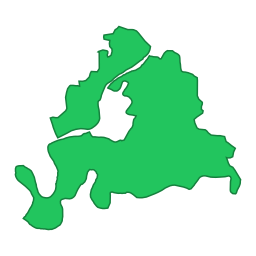 Banha, Al Qalyubiyah, Egypt
{"feature_id": "37247803B8473784659060", "entity_name": "Banha", "entity_type": "district", "adm_level": 2, "iso_a3": "EGY", "parent_name": "Egypt", "parent_adm1": "Al Qalyubiyah", "projection": "mercator", "projection_center": [31.169, 30.453], "detail": "fine", "context": "isolated", "style": "filled", "palette": "green", "viewbox_px": 256, "rotation_deg": 0, "n_neighbors": 0, "source": "geoboundaries", "source_scale": "gbopen_adm2", "svg_char_len": 5742}
<svg xmlns="http://www.w3.org/2000/svg" viewBox="0 0 256 256"><path d="M89.5,132.0L87.4,132.7L86.1,133.4L84.1,133.6L82.7,134.5L81.6,135.7L80.9,135.9L78.8,136.3L74.1,136.4L69.6,137.0L65.9,138.0L63.3,139.1L61.0,139.5L58.5,140.2L54.9,141.6L51.8,143.0L50.7,143.8L49.7,144.0L48.9,144.7L48.1,146.2L47.9,147.1L48.0,149.5L48.4,151.6L50.3,156.3L53.8,161.3L54.5,163.4L56.4,166.7L57.9,170.4L58.1,171.5L57.7,172.9L57.8,174.2L57.8,175.5L57.1,177.5L57.3,178.6L57.2,179.5L56.5,181.6L56.3,183.5L55.8,183.8L56.0,185.2L56.0,187.0L55.5,189.9L54.4,192.1L53.0,194.2L51.0,196.4L49.8,197.2L48.4,197.7L47.0,197.9L45.7,197.8L43.4,197.4L42.3,197.0L41.2,196.3L39.2,194.1L38.1,192.2L37.3,189.3L36.5,187.0L36.2,184.6L35.4,182.1L34.3,177.3L32.7,173.7L31.3,171.0L29.3,169.4L27.9,168.7L26.8,167.9L25.0,167.0L23.3,165.6L22.0,165.7L19.0,165.8L17.6,166.1L16.3,166.6L15.8,167.7L15.5,168.7L15.5,171.3L15.9,173.0L15.5,173.8L15.4,174.7L15.9,176.7L16.7,178.3L17.5,179.6L18.5,180.7L25.5,186.3L29.7,190.3L30.8,191.8L31.5,193.7L33.7,197.6L33.6,199.7L33.4,201.0L32.7,202.7L32.8,203.0L32.6,203.7L31.5,206.2L30.0,208.5L27.7,212.9L26.2,214.7L25.5,216.3L24.3,217.1L23.3,218.5L26.2,220.4L28.3,222.1L29.0,223.3L29.9,224.4L31.1,225.0L32.3,226.0L34.3,227.2L36.0,228.0L37.2,228.3L39.9,228.4L40.9,228.8L42.0,228.7L43.3,228.9L44.8,228.9L48.1,229.5L49.1,229.5L50.1,229.3L51.9,229.3L55.5,227.9L58.5,225.8L59.8,225.1L60.5,224.2L61.9,221.6L62.2,220.5L62.3,218.9L62.7,216.6L62.6,209.1L62.2,207.3L60.7,204.3L60.5,203.5L60.4,201.3L60.8,200.3L61.6,199.5L65.1,198.4L69.6,198.8L71.5,198.4L72.6,197.8L73.9,196.8L75.0,195.5L76.8,191.4L78.0,189.0L80.1,185.6L81.2,184.3L82.4,184.1L84.8,181.8L86.3,178.7L86.6,175.9L87.6,172.0L89.6,169.5L91.4,169.8L92.9,169.6L93.9,169.8L95.9,171.5L96.6,173.2L97.6,174.6L97.1,177.9L95.9,179.7L95.4,181.9L93.4,184.9L92.4,187.6L91.3,189.8L90.4,194.4L90.6,197.0L92.0,199.7L93.5,201.8L94.3,203.4L96.6,206.2L97.9,207.3L100.1,208.0L102.6,208.5L104.5,208.5L107.8,208.1L110.1,202.9L110.3,194.9L110.1,193.9L110.4,192.5L112.0,191.9L113.9,192.6L116.8,193.1L118.5,193.3L120.6,193.2L122.0,193.4L123.7,193.2L125.4,193.2L126.8,192.2L128.8,192.3L130.1,192.6L131.4,193.3L133.3,194.6L136.8,197.5L139.3,197.7L142.3,197.7L146.4,197.0L155.0,193.6L157.9,192.3L161.8,190.3L165.4,187.9L170.0,185.8L172.5,185.2L174.8,185.1L183.5,187.0L186.8,188.1L189.1,189.3L191.0,188.8L194.2,185.1L194.7,184.2L197.4,180.7L199.3,177.9L200.3,177.0L201.3,176.5L202.7,176.0L204.2,175.8L205.7,175.9L210.8,177.1L215.5,177.3L220.9,177.0L225.1,176.7L228.7,175.9L230.4,176.6L231.1,178.5L230.5,181.7L230.3,190.1L230.5,191.3L231.1,192.3L232.8,193.6L235.6,193.8L236.4,192.8L237.2,190.2L239.3,186.2L240.1,183.9L240.3,182.3L240.3,181.0L240.6,179.7L234.9,170.2L232.8,167.3L229.8,165.8L228.4,163.2L226.5,157.6L227.3,157.9L230.4,157.8L232.7,156.7L233.6,152.0L235.3,148.3L231.5,145.6L227.9,142.7L226.1,141.6L224.6,136.6L220.2,135.7L217.3,135.7L211.2,135.1L208.4,133.0L206.6,130.8L205.2,129.8L199.0,129.2L197.0,127.9L194.8,122.9L194.1,119.4L197.0,116.9L202.6,113.1L203.1,110.8L201.4,109.4L201.4,106.5L202.3,104.0L202.3,102.3L198.8,99.2L197.3,95.8L197.4,80.4L197.2,77.7L194.3,76.1L192.6,74.4L188.1,72.7L185.4,72.1L182.9,71.9L181.4,71.0L180.7,68.2L180.4,64.3L180.0,62.2L179.8,58.0L179.5,56.0L178.4,54.6L176.7,53.5L174.7,52.6L172.5,50.8L167.3,50.7L165.8,51.7L164.2,53.3L161.1,58.8L159.9,58.9L158.3,57.4L157.2,57.0L153.6,56.8L152.0,56.4L150.2,56.2L149.4,55.8L147.3,59.2L146.3,60.2L143.2,64.3L142.0,65.0L141.5,65.7L141.1,66.6L139.9,67.7L135.3,70.4L134.3,70.5L133.0,70.9L131.9,71.0L131.0,71.6L129.8,72.0L128.1,72.9L126.9,73.2L124.6,74.8L123.6,74.9L121.7,76.4L117.6,78.4L116.3,79.6L113.9,81.0L112.4,82.6L111.1,83.6L109.1,86.1L108.8,86.9L108.1,87.3L107.9,87.8L107.8,88.0L108.1,88.2L111.2,89.4L113.2,90.6L114.3,91.0L116.8,91.0L117.7,90.6L119.8,88.8L120.7,87.0L122.2,82.6L122.5,81.9L123.0,81.4L123.9,81.1L124.9,80.9L126.1,81.3L128.1,82.4L128.5,83.4L127.2,86.4L125.8,88.5L124.6,89.9L124.1,91.0L123.2,92.3L122.9,93.1L122.8,93.8L122.9,94.4L123.2,94.9L123.6,95.3L125.1,96.0L126.0,95.8L128.5,96.7L129.1,97.1L131.2,99.3L131.9,101.0L132.1,102.2L131.6,103.7L130.6,105.3L129.0,107.6L127.8,109.0L126.3,111.1L126.1,112.3L126.3,112.9L126.7,113.3L128.1,114.2L129.4,114.6L133.1,115.1L135.4,115.8L136.1,115.9L135.3,117.7L134.3,118.7L133.7,119.7L133.1,122.9L133.0,125.1L132.0,127.6L130.9,128.7L128.9,131.4L124.2,140.0L123.4,140.3L121.6,140.7L121.3,140.4L120.2,140.2L116.8,141.8L115.2,142.1L113.9,141.8L112.2,141.0L109.9,139.7L108.9,138.9L104.0,137.4L100.9,137.2L98.8,137.3L95.2,136.9L93.5,136.9L92.6,136.8L91.3,135.5L89.5,132.0ZM57.8,137.8L67.1,133.1L71.4,130.7L75.9,129.3L80.7,128.6L83.9,128.8L87.6,129.3L89.4,129.1L90.7,128.7L92.2,127.9L95.1,125.8L96.3,124.7L97.6,123.2L98.5,121.8L99.3,120.0L99.7,118.3L99.0,109.9L98.5,107.8L98.1,105.5L98.0,103.3L98.1,101.7L98.8,100.7L99.8,100.2L100.4,99.1L101.0,97.3L101.4,95.3L102.3,92.9L105.1,86.3L105.9,85.0L107.3,83.5L111.2,81.1L112.5,79.9L113.8,78.5L119.3,74.2L121.2,73.4L123.1,72.3L126.2,69.9L131.7,67.1L135.3,64.5L140.1,60.8L142.9,59.0L143.1,58.2L143.5,57.5L145.3,56.3L146.7,55.0L147.9,53.7L148.8,52.3L149.8,50.0L150.5,46.5L145.0,41.2L138.5,33.1L136.5,31.0L133.7,29.8L132.1,29.6L127.8,29.6L118.9,26.5L117.2,28.5L115.2,29.7L113.1,33.7L104.0,35.1L103.7,37.1L104.1,39.2L109.8,40.4L109.4,43.6L109.8,46.6L111.9,48.9L112.1,51.5L111.3,54.4L111.2,55.1L109.1,56.7L107.7,56.9L107.2,54.9L107.8,53.2L107.8,51.6L107.0,50.8L102.9,50.0L98.5,51.5L98.1,51.9L98.5,52.0L99.2,52.5L99.3,68.5L97.3,71.8L91.3,71.5L90.3,73.4L89.3,77.0L86.3,80.1L85.6,80.6L82.8,81.3L79.0,81.2L79.5,84.7L79.6,86.2L77.5,85.7L76.2,85.8L73.0,85.4L70.5,85.4L69.7,85.9L67.7,88.6L66.6,92.3L65.6,97.4L66.9,108.4L65.8,110.7L58.0,117.6L55.9,117.7L52.9,117.2L50.3,118.0L52.4,124.2L53.4,127.7L55.8,133.9L57.8,137.8Z" fill="#22c55e" stroke="#15803d" stroke-width="1.5"/></svg>